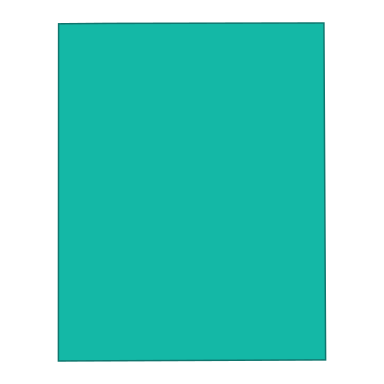 outline of Wichita, Kansas, United States of America
{"feature_id": "52423323B71882336368987", "entity_name": "Wichita", "entity_type": "district", "adm_level": 2, "iso_a3": "USA", "parent_name": "United States of America", "parent_adm1": "Kansas", "projection": "mercator", "projection_center": [-101.426, 38.482], "detail": "fine", "context": "isolated", "style": "filled", "palette": "teal", "viewbox_px": 384, "rotation_deg": 0, "n_neighbors": 0, "source": "geoboundaries", "source_scale": "gbopen_adm2", "svg_char_len": 208}
<svg xmlns="http://www.w3.org/2000/svg" viewBox="0 0 384 384"><path d="M58.6,23.8L58.4,361.0L73.6,360.9L325.6,359.9L323.9,23.0L108.6,23.4L58.6,23.8Z" fill="#14b8a6" stroke="#0f766e" stroke-width="1.5"/></svg>